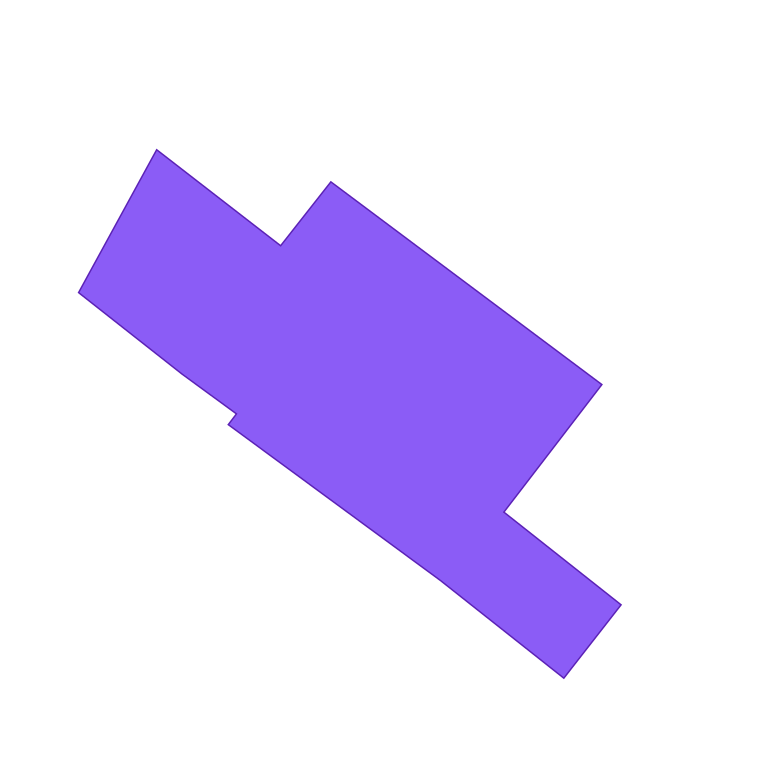 outline of Audrain, Missouri, United States of America, rotated 216°
{"feature_id": "52423323B81117065692480", "entity_name": "Audrain", "entity_type": "district", "adm_level": 2, "iso_a3": "USA", "parent_name": "United States of America", "parent_adm1": "Missouri", "projection": "mercator", "projection_center": [-91.909, 39.203], "detail": "fine", "context": "isolated", "style": "filled", "palette": "violet", "viewbox_px": 768, "rotation_deg": 216, "n_neighbors": 0, "source": "geoboundaries", "source_scale": "gbopen_adm2", "svg_char_len": 335}
<svg xmlns="http://www.w3.org/2000/svg" viewBox="0 0 768 768"><g transform="rotate(216 384 384)"><path d="M65.6,251.7L65.2,264.4L62.4,344.7L211.7,350.8L207.4,511.6L545.8,516.3L548.9,435.1L705.6,439.9L684.8,278.4L553.0,273.3L485.8,273.1L486.1,259.6L223.1,258.2L65.6,251.7Z" fill="#8b5cf6" stroke="#5b21b6" stroke-width="1.5"/></g></svg>